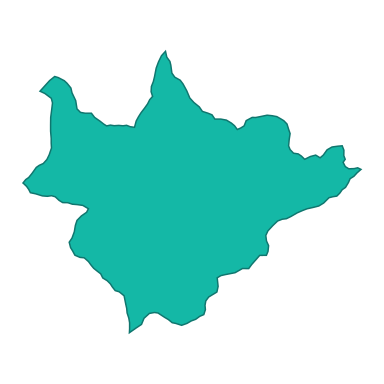 Macedônia, São Paulo, Brazil
{"feature_id": "56859067B48877061446759", "entity_name": "Macedônia", "entity_type": "district", "adm_level": 2, "iso_a3": "BRA", "parent_name": "Brazil", "parent_adm1": "São Paulo", "projection": "mercator", "projection_center": [-50.18, -20.097], "detail": "fine", "context": "isolated", "style": "filled", "palette": "teal", "viewbox_px": 384, "rotation_deg": 0, "n_neighbors": 0, "source": "geoboundaries", "source_scale": "gbopen_adm2", "svg_char_len": 2679}
<svg xmlns="http://www.w3.org/2000/svg" viewBox="0 0 384 384"><path d="M260.3,116.6L255.7,117.5L252.2,117.4L246.2,120.6L244.1,125.9L240.7,128.0L237.3,129.5L234.5,125.7L231.4,123.1L226.4,120.1L220.9,119.1L214.9,119.1L212.0,114.8L208.0,113.2L202.4,111.4L199.3,106.9L193.9,102.5L189.8,98.0L186.7,90.7L183.0,83.9L180.2,80.2L174.8,77.2L171.9,73.1L170.8,65.1L169.9,61.4L166.8,57.2L165.5,51.3L161.5,55.7L158.5,61.9L156.2,68.1L154.5,76.8L153.3,81.7L151.4,86.5L151.1,91.7L152.6,96.4L149.7,99.7L147.6,103.9L144.6,108.1L141.0,112.8L138.6,116.6L136.2,121.0L134.5,127.3L130.1,126.7L126.6,125.3L123.0,125.8L118.8,125.4L114.2,125.7L110.4,125.1L106.6,125.9L103.6,124.0L100.2,121.3L94.6,117.4L91.4,113.2L85.1,113.2L80.5,112.4L77.0,108.9L75.7,100.6L72.0,92.8L70.9,88.0L67.1,83.3L64.3,80.7L58.3,77.6L54.7,76.5L49.6,80.6L40.0,91.2L44.9,93.5L51.3,98.3L52.5,102.9L51.9,108.0L50.7,117.4L50.6,124.5L50.6,131.2L51.2,138.4L51.2,143.1L51.5,148.0L49.2,154.8L46.9,159.5L43.3,163.5L39.3,165.3L36.3,167.4L32.1,173.3L28.7,177.5L25.7,179.6L23.0,183.0L26.6,186.4L28.7,189.4L30.4,192.7L35.6,193.8L42.4,195.9L47.4,196.3L51.5,195.7L55.3,196.8L59.1,200.4L62.7,202.6L67.9,202.7L72.3,204.2L77.2,204.6L82.8,205.4L88.4,208.7L86.6,212.3L81.4,215.9L77.0,220.4L75.4,225.3L74.3,231.8L72.0,238.1L69.2,242.2L70.6,247.7L72.6,250.9L74.9,255.2L80.0,257.4L84.2,257.8L88.5,261.6L91.2,265.3L93.7,268.3L97.3,271.2L100.7,273.8L102.8,278.0L107.2,280.7L110.4,283.9L112.3,286.9L115.2,290.6L119.2,291.8L124.1,295.8L125.8,304.4L126.7,308.4L127.1,312.9L128.8,318.1L129.6,322.8L129.6,328.8L129.4,332.7L136.1,328.0L141.5,324.4L144.0,318.3L149.4,313.4L154.5,312.5L158.0,313.0L164.7,317.4L168.3,319.5L172.2,322.7L175.7,323.4L181.6,325.3L187.0,323.4L191.3,320.9L195.7,319.3L199.8,316.3L203.8,314.6L205.4,309.6L205.0,305.4L205.8,300.9L208.7,297.0L216.9,292.0L218.1,286.4L217.2,277.8L220.9,275.6L225.3,274.6L235.1,272.7L242.5,268.5L248.7,268.6L251.7,264.5L259.7,255.4L266.4,255.3L268.0,251.4L268.6,245.7L266.5,241.0L265.8,235.5L267.9,230.9L272.8,225.6L277.6,221.0L282.3,219.2L286.4,218.7L290.9,216.5L297.1,212.9L302.6,210.5L307.0,208.8L313.3,207.4L318.8,206.0L323.7,203.0L329.0,197.7L333.0,196.7L336.8,196.1L339.8,193.1L342.2,189.7L345.5,187.4L348.4,182.6L350.1,178.7L353.9,176.3L357.0,172.9L361.0,169.4L357.7,167.8L354.1,168.6L348.8,168.8L345.3,166.6L343.1,162.3L345.2,159.3L343.8,155.6L343.9,150.2L342.2,145.8L337.7,146.2L332.0,147.0L327.1,149.8L323.3,155.1L320.1,157.8L315.7,155.1L310.4,156.5L304.7,159.3L301.3,156.0L298.2,153.9L293.5,153.2L290.1,149.6L288.6,145.9L289.2,139.5L290.1,133.6L288.6,129.2L287.0,124.0L283.8,120.7L280.7,118.8L276.8,116.6L272.0,115.7L267.1,115.2L260.3,116.6Z" fill="#14b8a6" stroke="#0f766e" stroke-width="1.5"/></svg>